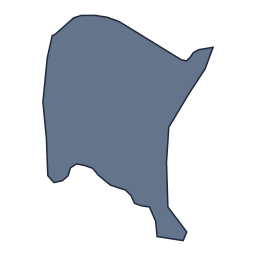 an SVG outline of Yumbe
{"feature_id": "UGA-3086", "entity_name": "Yumbe", "entity_type": "District", "adm_level": 1, "iso_a3": "UGA", "parent_name": "Uganda", "parent_adm1": "", "projection": "robinson", "projection_center": [31.315, 3.455], "detail": "fine", "context": "isolated", "style": "filled", "palette": "slate", "viewbox_px": 256, "rotation_deg": 0, "n_neighbors": 0, "source": "natural_earth", "source_scale": "10m", "svg_char_len": 622}
<svg xmlns="http://www.w3.org/2000/svg" viewBox="0 0 256 256"><path d="M186.5,60.9L189.7,57.8L190.0,57.5L193.4,52.6L198.6,49.7L213.1,47.3L205.1,68.9L189.9,92.1L168.8,127.2L166.5,162.4L167.9,207.0L186.7,231.9L183.2,240.6L157.1,236.6L155.7,221.4L149.5,207.0L141.5,205.8L134.6,203.4L131.0,195.5L125.5,190.1L110.5,185.2L98.4,175.2L92.6,168.3L84.0,165.3L76.5,163.9L70.5,167.8L68.1,175.7L62.4,180.7L54.0,182.6L47.8,175.7L46.4,138.3L42.9,102.2L47.2,58.2L52.2,35.6L54.9,34.5L62.8,27.5L73.7,17.8L81.4,15.4L95.3,15.4L107.4,17.3L119.0,21.5L143.4,36.5L181.1,59.7L186.5,60.9Z" fill="#64748b" stroke="#1e293b" stroke-width="1.5"/></svg>